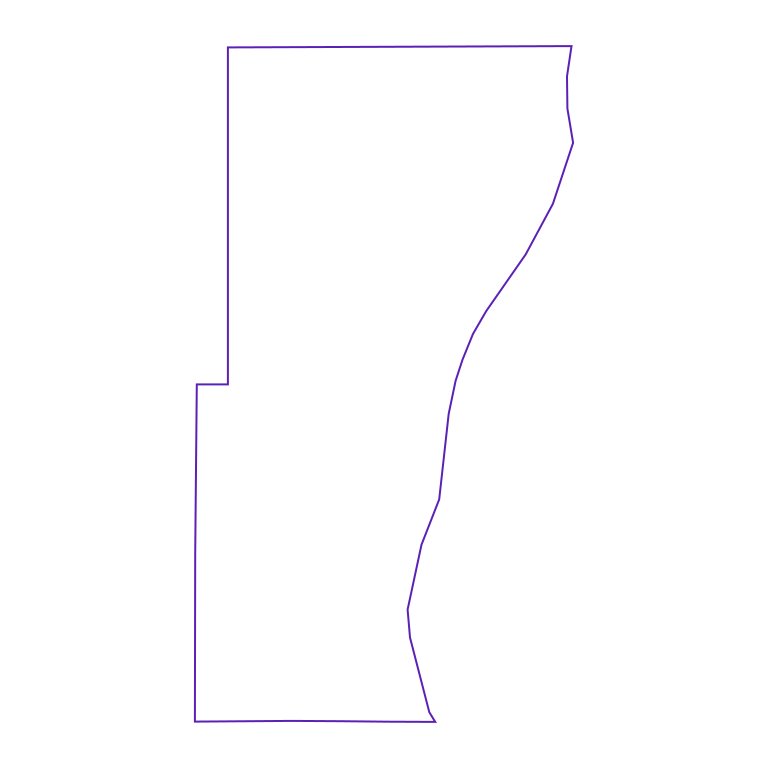 outline of Ozaukee, Wisconsin, United States of America
{"feature_id": "52423323B14117814854562", "entity_name": "Ozaukee", "entity_type": "district", "adm_level": 2, "iso_a3": "USA", "parent_name": "United States of America", "parent_adm1": "Wisconsin", "projection": "albers", "projection_center": [-87.914, 43.368], "detail": "fine", "context": "isolated", "style": "outline", "palette": "violet", "viewbox_px": 768, "rotation_deg": 0, "n_neighbors": 0, "source": "geoboundaries", "source_scale": "gbopen_adm2", "svg_char_len": 460}
<svg xmlns="http://www.w3.org/2000/svg" viewBox="0 0 768 768"><path d="M194.9,721.6L292.0,720.9L341.0,721.2L389.1,721.7L389.5,721.7L435.2,721.9L429.3,712.2L410.0,637.5L407.6,609.6L421.5,544.7L439.2,499.4L448.5,415.6L448.7,413.8L455.6,380.8L462.5,359.7L473.0,333.9L486.2,311.1L525.7,254.4L552.9,203.8L573.1,142.8L567.4,108.5L567.0,76.4L571.5,46.1L227.9,47.4L227.9,384.4L196.8,384.4L195.2,554.6L194.9,721.6Z" fill="none" stroke="#5b21b6" stroke-width="2"/></svg>